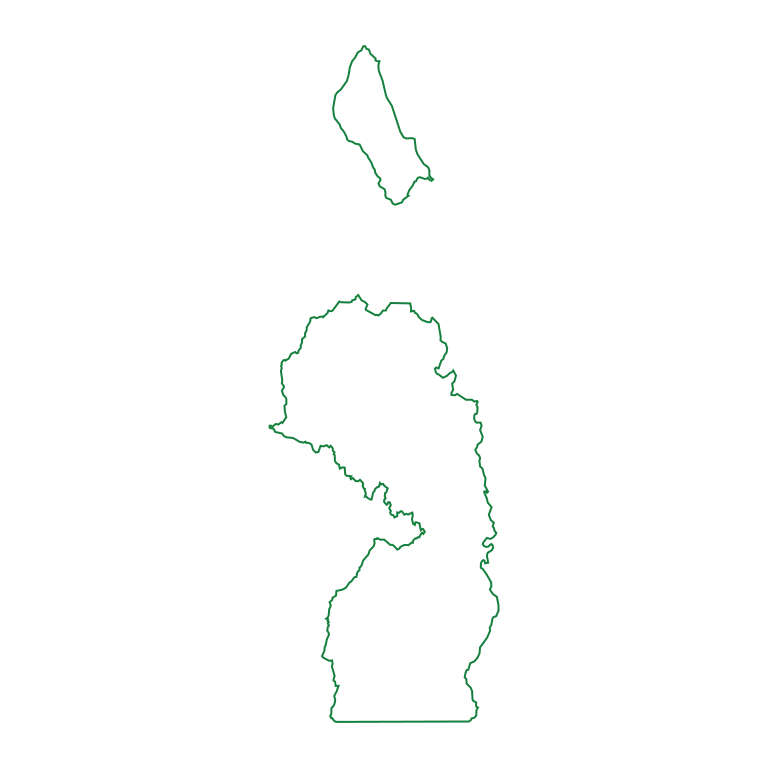 outline of Senador José Porfírio, Pará, Brazil
{"feature_id": "56859067B45704380101234", "entity_name": "Senador José Porfírio", "entity_type": "district", "adm_level": 2, "iso_a3": "BRA", "parent_name": "Brazil", "parent_adm1": "Pará", "projection": "natural_earth1", "projection_center": [-51.783, -3.822], "detail": "fine", "context": "isolated", "style": "outline", "palette": "green", "viewbox_px": 768, "rotation_deg": 0, "n_neighbors": 0, "source": "geoboundaries", "source_scale": "gbopen_adm2", "svg_char_len": 6092}
<svg xmlns="http://www.w3.org/2000/svg" viewBox="0 0 768 768"><path d="M336.2,721.9L469.0,721.5L471.1,719.8L471.5,718.4L474.1,717.9L476.3,715.4L476.4,710.5L478.0,707.5L476.6,707.0L476.0,705.8L476.2,702.4L473.2,700.8L472.5,699.3L472.1,691.1L470.6,687.6L466.6,683.6L466.4,679.2L464.7,677.4L465.5,673.0L466.7,670.1L468.3,669.8L470.2,663.2L474.3,661.4L477.5,657.7L479.5,653.5L480.0,647.5L487.2,637.5L490.1,630.7L489.7,627.6L491.3,625.0L492.4,618.9L493.3,617.2L496.1,616.3L498.5,610.8L498.5,605.5L496.9,596.9L493.0,594.1L489.9,589.7L491.4,586.0L491.1,582.2L486.1,573.6L482.6,568.8L480.8,567.8L481.0,563.1L482.3,560.7L483.5,560.1L484.5,560.8L485.2,563.3L488.2,562.7L487.0,556.4L487.3,553.8L487.8,552.7L491.8,550.2L493.1,547.8L492.6,545.2L491.2,544.0L488.3,546.6L485.8,546.9L483.8,545.8L482.8,544.2L483.2,542.6L486.7,538.0L490.5,538.9L493.1,537.4L495.5,534.9L496.3,532.9L494.6,531.0L493.9,528.0L492.7,526.5L493.8,522.8L490.8,520.1L488.8,514.7L491.6,507.2L487.8,502.7L486.9,498.7L484.2,492.3L484.3,491.5L485.5,491.3L487.0,492.7L488.1,491.7L484.8,485.6L485.5,478.0L484.0,475.0L482.5,468.6L480.1,466.5L479.4,460.9L480.1,458.2L479.1,455.4L477.0,453.7L475.3,449.8L477.0,447.2L477.6,444.6L481.4,441.6L482.7,436.7L480.1,430.1L481.6,425.5L480.6,422.6L476.4,422.6L475.0,421.0L474.1,418.4L474.3,415.5L475.1,414.0L476.7,413.7L477.1,412.9L477.6,407.3L476.3,404.8L477.7,402.0L477.1,401.0L474.3,401.5L471.7,399.7L466.1,399.8L457.1,393.9L454.9,395.3L451.4,394.9L451.4,393.1L453.1,389.9L452.2,383.6L454.4,381.4L456.0,375.6L453.2,370.5L452.4,371.8L449.7,373.2L446.8,375.9L442.8,377.8L439.1,374.7L437.0,373.8L435.8,372.2L435.0,368.6L436.2,367.5L438.6,368.4L441.3,360.6L443.2,359.1L444.4,355.5L446.6,352.4L447.2,348.2L445.6,343.4L442.3,342.0L440.5,340.3L440.7,336.7L438.5,324.0L432.4,317.7L431.8,318.1L430.8,321.8L429.9,322.2L427.5,322.1L422.0,320.0L418.7,317.0L417.1,313.9L414.9,312.8L414.1,310.9L410.9,311.4L411.2,308.5L410.2,303.4L390.8,303.0L386.6,308.6L386.0,310.4L382.9,310.6L380.7,313.7L378.3,315.5L377.0,314.8L375.4,315.1L365.9,309.9L365.6,308.9L367.5,304.5L364.7,301.9L361.6,300.4L358.2,295.0L355.7,297.2L355.5,299.3L352.1,300.4L351.7,301.9L349.1,302.5L340.6,302.2L339.3,301.5L332.4,310.8L330.5,311.2L328.4,310.5L327.5,313.0L323.1,317.2L322.6,316.5L319.8,316.9L316.5,318.2L314.3,317.1L310.6,318.2L310.1,321.7L306.7,327.4L306.7,330.2L305.1,333.1L305.1,336.5L302.1,339.0L302.0,342.4L300.7,345.6L300.8,347.9L298.6,350.4L298.1,352.9L296.7,353.3L295.2,352.0L291.2,353.8L288.8,358.5L285.4,360.6L284.9,359.9L283.1,360.5L281.5,363.3L281.7,365.0L281.1,365.9L281.8,368.2L280.9,370.7L282.3,380.5L281.8,383.1L283.9,386.3L283.9,387.5L281.9,390.5L283.2,394.8L285.9,397.8L286.4,399.5L286.3,404.2L284.5,405.6L284.9,411.7L286.3,417.2L282.4,422.9L281.4,422.2L278.3,424.5L275.6,424.0L272.6,426.6L270.4,425.5L269.7,425.7L269.5,426.7L269.9,428.0L273.6,428.8L275.3,432.0L282.1,433.5L284.0,436.1L286.6,437.3L293.1,438.0L299.6,441.8L303.5,442.6L305.5,441.7L306.2,442.9L309.0,442.9L311.5,444.6L313.1,449.8L315.7,452.5L318.4,452.0L320.6,445.9L323.2,446.4L326.8,445.2L329.1,447.4L330.6,445.8L332.7,448.2L332.9,450.7L334.5,452.3L333.6,454.0L334.7,455.1L334.9,460.8L336.5,463.3L339.0,464.6L339.8,468.6L342.3,467.4L344.7,467.6L345.2,474.2L346.6,475.8L351.1,476.2L350.3,477.6L350.9,479.2L352.8,478.0L355.7,481.1L358.4,481.1L360.0,479.8L363.1,483.2L363.1,484.9L362.6,485.6L363.6,488.1L364.9,488.9L364.6,489.8L365.9,493.5L364.9,496.6L366.0,496.2L367.6,498.0L371.0,499.7L371.7,499.3L373.0,492.8L374.5,491.1L374.8,489.4L376.9,487.3L378.9,486.7L380.0,483.0L381.0,484.4L383.2,483.9L384.3,485.8L387.7,488.3L386.2,492.4L385.0,493.2L384.8,496.3L385.6,498.4L384.4,499.5L384.0,501.8L386.5,504.7L387.3,504.5L388.3,502.2L389.7,502.3L390.8,505.2L389.2,508.2L390.9,511.1L390.1,512.7L391.1,514.6L393.5,515.3L394.4,517.4L397.3,516.1L397.2,512.4L399.1,512.8L400.8,511.2L402.1,511.5L404.3,514.8L406.2,513.7L408.2,514.5L412.3,512.6L412.8,515.0L412.0,519.1L413.0,523.7L414.8,524.9L415.2,522.7L415.9,522.2L419.4,523.3L420.8,530.2L422.4,528.9L423.3,529.2L424.8,531.8L423.4,533.9L422.3,532.7L421.6,533.1L419.0,537.5L417.9,537.2L416.3,538.5L415.1,538.4L412.9,541.1L412.9,542.7L411.5,542.6L408.6,545.1L404.2,545.0L400.2,547.0L399.6,548.4L397.3,549.6L394.1,546.1L392.4,544.8L390.3,544.9L384.2,539.6L380.4,539.7L377.4,538.1L377.0,539.0L374.8,539.0L374.2,539.6L374.6,543.2L373.6,546.4L369.6,550.5L368.4,554.5L363.2,560.4L361.5,565.6L359.4,567.8L359.6,570.0L358.2,571.1L357.0,573.5L356.5,576.8L354.3,577.3L351.4,581.3L349.5,582.5L346.0,587.6L342.7,589.5L336.4,591.0L336.0,595.6L332.6,597.7L332.3,599.8L329.6,602.2L330.8,605.6L329.2,609.3L328.7,615.2L327.8,617.5L326.2,618.7L328.2,619.5L327.6,621.1L328.8,622.1L327.8,623.3L328.9,625.5L328.0,626.5L327.2,630.6L328.8,633.1L328.9,634.9L326.8,639.4L325.8,644.9L324.7,646.9L324.4,650.9L322.0,656.1L323.4,657.8L329.3,660.8L332.1,660.5L332.6,664.0L331.8,666.2L334.6,675.8L333.4,680.3L335.1,681.7L335.7,686.0L338.5,685.8L336.7,691.3L334.2,696.0L335.2,699.9L335.0,702.0L333.7,705.7L331.5,708.0L331.3,713.9L330.2,716.0L331.3,718.2L332.1,718.0L334.3,721.0L336.2,721.9ZM403.6,137.3L400.3,131.7L391.8,105.7L387.1,98.3L385.9,95.1L382.5,80.4L378.9,71.0L378.3,66.0L379.4,61.2L377.6,61.3L375.5,60.3L375.5,58.4L370.5,53.9L368.9,49.6L366.6,48.9L365.0,46.1L363.2,46.4L361.3,50.4L357.7,52.5L355.4,57.1L352.1,61.3L349.9,67.1L348.6,75.1L346.9,81.0L341.0,89.3L337.3,92.4L335.4,95.2L333.1,108.3L333.9,115.6L334.9,118.5L339.7,124.5L340.9,128.1L343.5,131.1L346.2,136.0L347.3,139.6L348.9,141.0L352.4,141.8L355.1,143.6L359.6,144.5L362.9,151.2L367.3,155.2L368.1,157.5L371.3,162.4L373.1,167.5L374.8,169.7L375.2,172.5L377.4,176.1L380.2,178.4L380.5,180.0L378.5,183.3L379.6,186.2L384.5,189.2L385.5,192.1L385.3,195.8L386.3,197.9L390.9,199.8L392.7,203.5L395.3,204.7L402.0,202.3L403.2,199.7L408.5,195.8L407.6,195.3L407.7,194.2L409.2,190.3L412.7,185.5L414.4,181.7L415.9,181.3L417.8,177.8L420.0,177.2L424.8,178.9L427.1,178.6L428.0,177.6L429.5,179.9L431.6,180.8L433.1,179.3L430.9,177.8L429.3,175.2L429.5,170.8L428.2,167.3L423.8,164.1L417.5,154.3L415.8,149.5L414.7,139.1L412.2,138.1L406.2,138.5L403.6,137.3Z" fill="none" stroke="#15803d" stroke-width="2"/></svg>